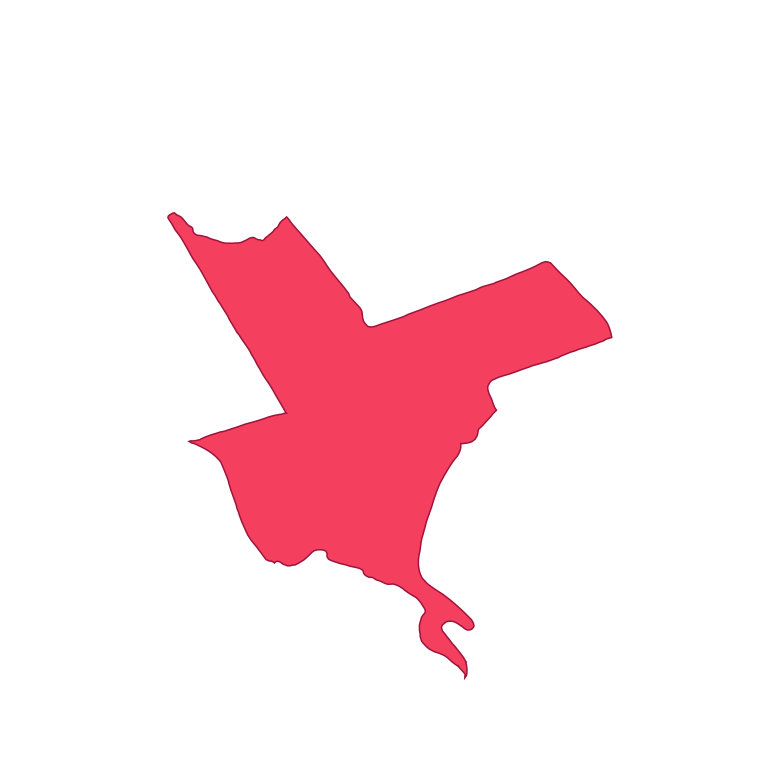 outline of La Ressource, Dennery, Saint Lucia, rotated 137°
{"feature_id": "8701671B86453873223968", "entity_name": "La Ressource", "entity_type": "district", "adm_level": 2, "iso_a3": "LCA", "parent_name": "Saint Lucia", "parent_adm1": "Dennery", "projection": "robinson", "projection_center": [-60.915, 13.943], "detail": "fine", "context": "isolated", "style": "filled", "palette": "rose", "viewbox_px": 768, "rotation_deg": 137, "n_neighbors": 0, "source": "geoboundaries", "source_scale": "gbopen_adm2", "svg_char_len": 5751}
<svg xmlns="http://www.w3.org/2000/svg" viewBox="0 0 768 768"><g transform="rotate(137 384 384)"><path d="M319.6,288.1L319.4,289.5L319.0,291.7L317.2,296.1L315.5,299.8L314.8,302.2L313.6,305.8L311.7,309.3L310.7,310.5L309.4,311.7L307.2,312.4L305.4,313.0L302.9,313.2L299.9,312.2L295.4,310.7L290.2,308.2L285.5,305.8L280.1,303.4L273.3,300.6L266.9,297.7L263.1,296.2L256.5,292.8L249.0,289.0L241.7,285.9L238.6,284.5L235.0,283.6L230.8,281.9L226.0,280.1L221.5,277.9L218.2,276.7L211.1,273.2L206.5,271.2L202.4,269.2L198.2,267.7L194.1,265.9L190.9,265.3L185.7,262.7L184.9,264.0L183.5,266.2L181.2,270.8L179.4,275.5L178.8,278.6L178.2,284.7L178.0,292.4L178.3,299.7L178.6,304.0L179.5,311.6L179.5,317.6L179.1,323.4L178.8,330.8L178.9,336.0L179.2,340.3L179.5,345.6L179.6,352.2L179.6,356.7L179.6,358.9L180.8,361.3L182.4,363.3L185.7,364.9L193.2,367.0L199.0,368.9L206.1,371.6L209.8,373.2L214.8,375.1L217.7,376.0L223.0,377.7L229.2,380.4L233.3,382.2L234.5,382.3L240.0,385.1L244.8,387.6L247.7,388.8L252.5,390.2L260.4,393.8L266.3,396.6L270.1,398.4L274.3,400.0L282.0,403.0L288.7,406.1L296.5,409.4L308.1,413.9L318.4,418.3L324.1,420.1L334.2,424.6L341.9,428.2L345.5,429.9L350.8,432.1L354.3,434.1L356.6,437.2L356.6,440.7L356.2,443.7L354.7,446.6L352.9,449.1L351.3,451.2L350.3,453.0L349.6,456.2L349.6,463.9L349.6,470.6L349.2,471.8L348.1,474.5L347.3,482.4L346.6,494.1L346.0,503.0L345.4,507.1L344.9,510.6L344.6,511.5L343.7,517.6L343.3,521.2L343.2,523.5L343.1,531.1L342.9,535.9L342.7,542.6L342.4,550.6L342.3,556.1L342.1,562.6L341.7,566.9L341.4,568.5L341.2,572.0L341.4,572.7L343.2,572.6L346.7,573.0L350.0,572.9L354.6,571.3L358.9,571.7L361.1,571.1L368.7,571.5L370.1,571.7L371.8,571.7L372.8,571.3L375.2,571.7L376.4,574.0L377.8,575.6L378.7,577.7L379.1,579.3L379.9,580.7L382.8,582.3L386.7,583.2L391.8,584.9L394.7,586.7L395.5,587.6L399.0,590.4L402.6,593.9L403.9,595.1L406.0,598.0L408.3,602.8L410.9,606.9L412.1,609.3L413.3,612.3L416.6,617.2L419.1,620.2L420.0,622.7L419.9,624.9L419.3,626.2L417.7,628.5L417.8,630.2L418.8,633.1L418.9,635.3L418.5,641.1L418.6,644.5L419.1,646.3L420.2,649.0L420.4,651.4L420.6,652.1L421.8,653.0L426.0,654.0L427.3,653.9L428.7,652.9L429.3,649.9L429.8,646.7L431.6,639.1L432.0,635.0L432.6,630.1L433.9,623.8L435.9,615.5L438.2,606.5L439.0,601.0L440.3,593.6L442.8,583.2L445.0,574.7L446.5,569.0L447.2,564.4L448.7,557.7L449.1,554.5L450.5,547.6L451.0,544.9L452.1,539.5L453.1,536.7L454.1,531.8L455.8,524.2L456.3,522.4L456.5,519.0L457.5,513.6L458.6,505.5L459.6,499.9L460.9,495.5L462.0,489.9L463.5,484.8L464.6,479.7L466.3,472.9L467.0,468.7L468.1,461.6L469.4,455.4L470.8,449.8L472.6,441.6L474.2,434.7L475.1,430.9L475.2,429.2L477.5,430.9L478.8,431.3L481.5,433.2L486.3,436.2L490.9,438.6L494.0,439.9L499.5,442.4L504.6,444.9L512.9,449.3L520.1,452.4L527.1,455.7L527.5,455.5L527.8,456.0L533.1,458.4L536.5,460.6L539.4,461.9L544.2,464.3L549.8,466.7L552.7,467.8L554.8,468.5L556.6,468.8L557.2,469.2L560.9,471.4L562.5,472.6L563.9,474.1L565.7,475.0L565.0,472.2L563.9,470.6L562.8,468.5L561.0,463.9L559.1,458.5L557.7,453.5L557.1,450.6L556.5,445.6L556.4,440.2L556.6,438.2L557.7,435.1L559.8,429.5L561.7,424.6L563.5,420.1L565.4,416.8L567.3,412.9L568.5,410.4L571.1,404.4L574.2,397.2L576.5,393.0L577.8,389.6L579.7,385.7L581.9,380.4L583.6,375.6L585.4,370.3L586.6,366.5L587.7,360.5L588.0,356.4L588.3,351.5L589.0,344.9L590.0,336.0L589.6,335.1L588.8,333.1L587.0,330.9L586.1,328.5L586.2,327.8L584.2,327.8L583.4,327.4L582.6,326.8L581.7,325.5L581.1,323.1L580.6,320.8L579.1,318.0L578.7,316.9L577.5,315.9L576.1,314.7L574.3,313.9L572.5,312.3L571.0,311.9L568.2,311.1L562.6,310.0L560.0,309.9L554.6,309.9L550.8,310.0L548.8,309.7L545.8,308.1L543.3,305.9L541.5,303.7L540.5,301.5L540.9,299.6L541.8,298.4L543.3,296.7L543.7,295.6L544.0,293.6L543.0,290.9L541.7,288.3L538.7,282.9L535.0,277.4L533.5,274.5L531.2,271.2L529.4,268.7L527.5,265.5L526.6,262.5L527.0,261.1L527.9,259.7L528.2,257.6L527.7,255.1L526.9,253.2L526.0,252.0L524.7,250.9L524.0,249.4L523.3,246.2L522.0,243.9L520.5,241.1L520.4,240.2L518.7,236.4L517.8,235.0L517.0,234.2L515.2,232.7L514.1,231.9L512.5,229.6L511.0,226.2L509.6,221.1L509.7,220.1L509.0,216.6L508.7,215.0L507.2,209.4L506.1,205.9L506.0,203.4L506.2,199.2L507.0,195.0L507.6,191.7L508.6,189.7L510.2,188.7L513.3,188.4L515.6,187.8L520.1,185.1L522.8,183.3L526.1,179.6L528.6,175.8L529.6,174.9L531.7,170.7L532.1,168.4L532.1,163.2L531.9,160.4L530.7,156.4L529.6,153.5L527.2,149.3L525.1,144.4L524.3,141.1L523.7,134.2L523.1,130.6L522.4,127.1L521.9,127.0L522.3,126.4L522.4,119.9L522.5,117.4L522.7,116.4L525.3,114.0L522.6,114.5L520.7,115.9L518.3,118.3L516.0,121.2L514.8,123.2L513.9,124.5L513.4,124.6L513.6,125.2L512.5,129.1L512.1,131.9L511.7,136.5L511.5,138.9L511.1,143.9L511.1,146.9L510.8,150.6L510.5,152.4L510.3,156.1L510.1,157.8L509.7,162.7L509.6,163.8L508.1,166.7L506.8,167.5L505.5,167.9L502.6,167.8L501.5,167.7L500.3,167.5L498.6,166.4L495.9,164.0L494.7,161.9L493.6,158.9L492.2,152.8L491.8,149.7L490.7,147.1L488.9,145.6L487.2,144.9L484.4,145.0L482.9,146.0L481.6,148.5L480.8,151.8L481.0,159.1L481.3,165.4L482.1,174.5L482.9,181.1L484.4,190.0L486.8,199.5L488.0,205.4L488.5,208.7L488.5,214.6L488.3,216.7L486.8,220.9L485.5,223.5L482.2,228.3L479.0,231.7L474.1,235.8L472.5,236.7L469.0,239.5L464.4,243.3L461.2,245.6L458.2,247.3L451.9,251.2L447.3,254.1L443.5,256.2L439.9,258.0L438.3,258.9L434.0,261.1L432.2,262.1L430.0,263.4L425.1,266.2L420.3,268.7L417.4,270.2L412.0,272.7L409.3,273.7L405.4,275.0L401.8,276.2L396.9,277.6L391.7,279.1L385.7,280.4L382.9,280.9L379.3,281.3L376.9,282.1L374.0,283.3L371.4,285.0L369.5,286.9L368.5,288.1L367.7,287.2L364.0,284.5L362.0,283.3L359.4,282.0L357.6,281.7L355.0,281.5L353.5,281.9L351.5,282.5L350.0,283.3L348.5,284.4L346.7,285.8L345.6,286.4L340.3,286.4L339.0,286.5L334.8,286.9L327.7,287.4L325.3,287.9L320.4,288.1L319.6,288.1Z" fill="#f43f5e" stroke="#9f1239" stroke-width="1.5"/></g></svg>